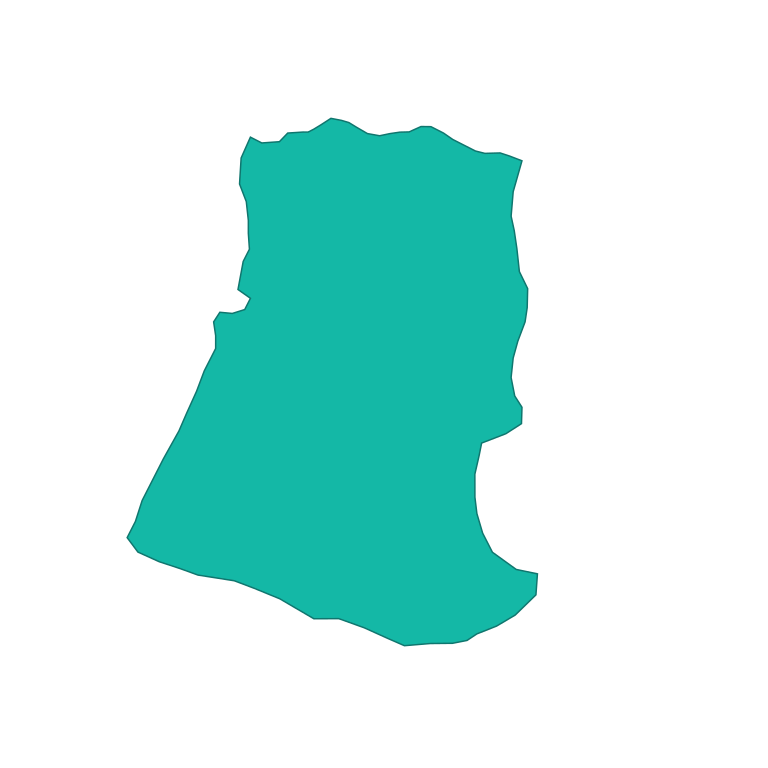 Agios Theodoros Ammochostou, Cyprus (Robinson projection), rotated 27°
{"feature_id": "46923920B90190427209928", "entity_name": "Agios Theodoros Ammochostou", "entity_type": "district", "adm_level": 2, "iso_a3": "CYP", "parent_name": "Cyprus", "parent_adm1": "", "projection": "robinson", "projection_center": [34.038, 35.355], "detail": "fine", "context": "isolated", "style": "filled", "palette": "teal", "viewbox_px": 768, "rotation_deg": 27, "n_neighbors": 0, "source": "geoboundaries", "source_scale": "gbopen_adm2", "svg_char_len": 1334}
<svg xmlns="http://www.w3.org/2000/svg" viewBox="0 0 768 768"><g transform="rotate(27 384 384)"><path d="M152.9,224.7L154.1,247.5L164.5,271.4L178.5,284.0L188.9,299.9L194.7,311.3L202.9,325.0L202.9,338.7L211.0,366.1L226.1,368.3L226.1,380.9L216.8,390.0L205.2,394.6L204.0,406.0L212.1,417.4L217.9,428.8L217.9,453.9L220.3,475.6L221.4,499.5L222.6,518.9L221.4,550.8L221.4,574.8L221.4,597.6L224.9,619.3L224.9,637.5L241.1,645.5L264.4,644.4L286.4,641.0L305.0,638.7L322.4,633.0L339.9,627.3L360.8,625.0L388.6,622.7L407.2,623.8L428.1,625.0L450.2,613.6L476.9,610.2L502.4,609.0L521.0,607.9L543.1,594.2L562.8,583.9L574.4,574.8L580.2,564.5L594.2,548.6L605.8,530.3L615.1,502.9L606.9,483.5L586.0,489.2L557.0,484.7L539.6,472.1L525.6,457.3L516.4,443.6L505.9,423.1L501.3,404.8L497.8,392.3L515.2,372.9L524.5,356.9L517.5,342.1L505.9,335.3L494.3,320.5L487.3,302.2L483.8,285.1L481.5,264.6L476.9,250.9L468.7,233.8L453.6,222.4L440.9,203.0L430.4,188.2L421.1,176.8L411.8,154.0L405.6,122.5L392.2,123.9L382.6,125.4L369.2,132.7L359.6,134.9L346.2,134.9L334.3,134.9L323.1,133.4L309.0,133.4L300.1,137.8L291.9,148.0L283.8,152.4L275.6,158.2L267.4,164.8L255.5,168.4L242.9,167.7L234.0,167.0L226.5,168.4L216.1,171.4L210.2,181.6L205.7,188.9L202.0,194.0L197.6,196.2L184.3,204.1L180.8,215.6L165.7,224.7L152.9,224.7Z" fill="#14b8a6" stroke="#0f766e" stroke-width="1.5"/></g></svg>